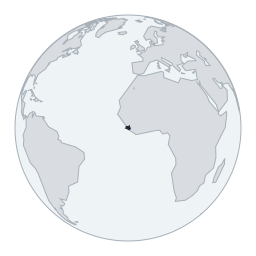 the Earth from above Southern
{"feature_id": "SLE-760", "entity_name": "Southern", "entity_type": "Province", "adm_level": 1, "iso_a3": "SLE", "parent_name": "Sierra Leone", "parent_adm1": "", "projection": "orthographic", "projection_center": [-12.13, 7.714], "detail": "fine", "context": "on_globe", "style": "filled", "palette": "slate", "viewbox_px": 256, "rotation_deg": 0, "n_neighbors": 0, "source": "natural_earth", "source_scale": "10m", "svg_char_len": 9026}
<svg xmlns="http://www.w3.org/2000/svg" viewBox="0 0 256 256"><circle cx="128" cy="128" r="113" fill="#eef3f6" stroke="#a8b0b8"/><path d="M92.4,21.1L85.0,24.3L87.2,23.5L85.2,24.8L87.0,24.5L84.8,25.6L88.1,24.5L89.8,23.6L91.9,22.8L93.1,22.7L90.5,23.9L89.5,24.2L89.4,24.5L87.5,25.3L89.1,24.8L85.8,26.6L90.9,24.7L89.7,26.0L87.0,27.3L85.0,27.3L73.7,31.5L70.4,33.4L67.7,35.7L67.5,39.3L64.7,41.6L62.7,44.6L65.2,43.0L67.7,40.3L72.0,38.5L74.5,35.7L76.6,34.7L80.2,32.0L82.1,32.4L82.1,34.3L79.2,36.6L79.1,37.6L83.8,35.6L80.4,40.5L81.5,45.1L80.4,46.6L74.5,48.7L69.5,47.9L62.0,51.9L69.3,49.4L66.3,53.8L66.9,54.7L68.5,54.7L70.6,53.2L70.1,54.9L62.6,57.7L62.9,56.1L65.3,55.2L62.9,55.0L57.9,57.5L56.7,59.9L50.3,62.2L49.4,64.1L47.5,65.8L49.3,62.6L45.9,68.6L38.2,74.4L33.3,85.5L35.4,76.4L34.5,75.1L32.9,74.8L32.1,76.5L31.2,74.6L28.3,77.8L24.2,86.4L22.0,93.5L23.3,94.5L25.1,90.9L26.8,90.7L22.5,100.8L25.1,103.3L23.1,111.2L23.4,115.6L25.4,115.1L27.3,117.6L29.7,113.3L33.1,111.4L32.1,118.0L34.8,112.4L36.1,115.9L43.5,116.8L42.7,118.2L48.8,127.0L57.0,131.5L58.9,136.6L57.8,139.4L61.0,140.6L61.1,142.6L75.4,146.9L84.0,152.5L84.5,159.2L79.0,166.4L77.6,182.0L68.6,186.1L68.9,192.2L66.2,200.4L60.4,198.9L64.7,203.6L63.6,205.9L60.6,205.5L62.3,208.5L60.2,208.2L63.2,210.5L63.3,213.7L67.3,217.1L68.2,219.6L70.9,221.5L70.0,221.3L69.9,221.8L71.1,222.7L66.7,220.5L61.4,216.3L60.1,214.4L58.8,213.8L55.5,208.7L55.4,209.6L49.1,201.2L46.2,194.4L38.1,173.3L35.5,168.7L30.2,162.7L23.4,145.3L23.9,138.9L23.0,135.5L26.1,126.9L26.1,117.9L25.3,116.4L23.8,119.4L21.6,113.0L21.9,106.0L21.1,92.6L21.9,90.2L25.1,82.3L28.8,74.6L33.1,67.3L38.0,60.3L43.3,53.7L49.2,47.5L55.5,41.8L62.2,36.6L69.3,31.9L76.7,27.7L84.4,24.1L92.4,21.1ZM31.6,89.3L34.7,96.0L31.5,96.0L32.4,95.1L31.9,92.5L30.5,89.9L28.1,90.5L31.6,89.3ZM36.2,83.6L35.5,83.0L36.4,83.2L36.2,83.6ZM78.9,32.1L79.5,32.0L78.5,32.5L78.9,32.1ZM79.9,31.0L78.3,31.6L78.5,31.2L79.5,30.8L79.9,31.0ZM81.8,30.4L79.1,30.5L79.5,29.8L83.6,28.0L81.8,30.4ZM89.8,23.4L88.1,24.3L88.4,23.7L89.8,23.4ZM89.5,23.2L87.6,23.0L90.8,21.8L90.8,22.0L94.0,20.7L96.5,20.1L95.3,20.7L92.7,21.6L95.7,20.7L89.5,23.2ZM92.7,22.5L92.0,22.5L94.7,21.3L96.6,21.2L95.1,21.6L92.7,22.5ZM93.6,20.8L95.9,20.0L98.6,19.3L99.9,19.0L96.8,20.0L93.6,20.8ZM95.1,21.8L97.5,21.2L97.3,21.6L93.6,22.5L95.1,21.8ZM94.7,21.1L96.0,20.6L95.9,20.8L94.7,21.1ZM98.1,23.3L97.2,23.1L98.5,22.4L98.1,23.3ZM98.4,20.9L98.8,20.6L100.3,20.3L98.4,20.9ZM98.9,19.5L99.6,19.5L100.3,19.0L102.4,18.7L100.0,19.5L101.9,19.0L102.5,18.9L99.8,19.7L98.9,19.5ZM103.1,19.5L100.7,20.7L102.1,21.2L100.9,21.7L99.0,20.9L103.1,19.5ZM101.4,19.5L102.2,19.6L100.3,20.1L98.7,20.4L101.4,19.5ZM104.6,18.2L102.1,18.5L102.7,18.4L104.6,18.2ZM103.8,19.5L104.4,19.2L104.1,19.4L103.8,19.5ZM104.8,18.4L103.8,18.5L104.5,18.3L104.8,18.4ZM106.3,18.7L105.5,19.0L104.4,19.1L106.3,18.7ZM105.9,18.4L107.1,18.2L104.4,19.0L105.3,18.5L105.9,18.4ZM105.6,18.2L105.9,18.2L105.6,18.2ZM111.1,18.1L108.0,19.1L105.4,19.3L108.8,18.3L111.1,18.1ZM75.2,224.9L67.6,221.2L71.4,223.0L71.0,221.8L76.1,224.4L75.2,224.9ZM75.4,221.9L76.8,221.4L77.9,222.0L77.3,222.5L75.4,221.9ZM239.0,108.9L239.6,112.6L236.0,98.3L232.5,88.6L232.4,90.0L227.7,82.8L223.1,84.3L221.3,82.0L220.7,83.6L217.2,81.8L214.2,78.0L212.6,78.8L220.4,88.6L222.0,88.0L221.9,83.3L223.9,87.1L227.1,90.0L227.3,100.5L218.7,111.9L216.1,104.1L200.4,84.6L199.9,82.3L199.8,82.0L199.5,81.6L199.8,85.5L196.5,81.8L206.8,95.4L209.3,101.7L218.6,112.4L218.2,113.8L220.6,115.9L226.4,111.4L226.8,114.1L225.2,127.4L215.7,146.5L215.9,157.9L213.5,167.9L205.4,175.5L203.9,182.9L199.4,186.1L197.6,190.4L192.7,195.3L185.4,200.2L175.3,201.4L176.4,197.7L174.1,190.8L171.5,173.3L175.9,164.6L175.7,158.1L168.2,144.3L170.0,136.0L167.6,132.8L162.8,134.0L159.7,130.2L156.6,130.4L136.1,134.6L128.8,129.7L117.6,114.2L120.5,107.6L119.2,100.4L137.9,75.0L143.9,75.9L161.0,71.5L163.5,72.1L163.8,77.5L178.4,82.9L180.5,78.0L191.5,80.5L197.4,79.6L195.5,69.4L185.8,70.7L181.9,66.2L187.8,61.1L195.9,60.7L194.7,59.0L187.7,55.7L187.6,52.4L185.0,54.5L187.5,56.0L185.9,57.5L183.6,56.2L183.7,55.0L180.7,54.5L181.1,61.0L183.7,63.3L177.0,65.3L180.6,69.5L179.5,71.8L173.0,65.7L172.1,63.3L161.6,57.6L161.8,60.2L171.8,65.9L169.6,65.7L170.0,69.8L167.9,66.4L156.9,60.0L149.6,62.4L143.7,73.3L138.7,74.6L133.1,73.1L131.9,62.9L143.1,61.1L142.8,58.0L137.8,54.1L141.6,54.0L140.9,52.4L144.8,51.8L147.6,47.4L151.2,46.7L149.6,42.0L151.2,41.1L151.7,44.0L153.9,45.9L162.5,44.7L163.4,43.6L161.7,40.7L164.3,41.0L161.5,38.4L165.1,37.0L158.4,36.8L156.2,34.1L156.9,31.8L154.9,31.0L153.8,34.8L154.4,36.4L156.9,37.7L157.5,42.8L155.1,43.9L149.9,39.0L145.9,40.2L143.6,36.3L148.2,27.7L151.5,26.1L162.6,28.4L163.4,29.9L159.8,29.8L165.5,32.2L163.9,30.9L166.0,31.3L164.5,29.2L165.9,29.4L161.9,27.2L163.5,27.3L166.0,28.6L165.1,26.1L167.7,26.0L166.7,25.4L165.0,24.8L169.5,25.4L168.6,24.9L166.8,24.5L163.9,23.4L160.5,21.8L162.3,22.1L163.7,22.7L169.3,24.6L172.9,26.5L173.3,26.5L170.6,25.0L163.7,22.6L161.2,21.6L164.4,22.5L163.0,22.1L162.3,21.7L163.2,21.7L159.7,20.7L149.5,17.5L150.0,17.5L157.8,19.4L165.4,21.7L172.8,24.7L180.0,28.1L186.9,32.0L193.6,36.4L199.9,41.3L205.9,46.6L211.4,52.3L216.6,58.4L221.3,64.8L225.5,71.6L229.2,78.6L232.5,85.9L235.2,93.4L237.4,101.1L239.0,108.9ZM133.9,87.4L134.0,89.5L133.9,87.4ZM206.3,65.7L210.0,65.4L205.2,59.8L206.2,59.3L204.2,57.7L204.9,59.4L199.5,55.1L200.0,53.2L197.9,50.9L196.6,50.9L196.6,55.2L204.3,61.2L204.8,63.7L206.3,65.7ZM43.8,116.8L44.6,118.2L43.3,118.0L43.8,116.8ZM30.3,98.5L31.3,98.9L31.6,100.0L30.7,100.1L30.3,98.5ZM40.5,100.8L42.0,101.6L40.2,101.8L40.5,100.8ZM35.3,96.9L39.3,100.3L35.7,101.6L33.3,99.5L35.4,99.4L35.3,96.9ZM34.2,87.1L34.7,87.7L34.0,88.8L34.2,87.1ZM36.8,83.8L36.5,83.8L36.6,82.8L36.8,83.8ZM66.8,53.6L67.3,53.4L68.6,53.8L67.4,54.4L66.8,53.6ZM78.4,51.9L77.3,54.7L77.2,52.9L75.2,54.0L72.5,52.1L79.7,47.3L76.9,49.7L78.4,51.9ZM70.9,48.5L71.8,50.0L70.5,48.6L70.9,48.5ZM133.1,45.0L135.4,45.8L135.2,47.7L130.6,49.6L130.8,46.7L133.1,45.0ZM138.6,46.5L134.6,41.5L137.3,40.5L136.5,41.8L138.6,41.6L137.9,43.8L144.3,48.1L144.5,50.1L136.0,51.9L138.6,50.1L136.3,49.3L138.6,46.5ZM119.8,33.8L118.2,32.4L126.1,31.7L126.8,33.1L122.3,34.8L118.9,34.2L119.8,33.8ZM89.5,27.5L88.3,27.7L89.0,27.2L90.6,26.8L89.5,27.5ZM97.6,23.2L95.3,26.8L93.8,27.0L94.2,29.2L90.6,30.8L90.5,29.2L88.0,32.3L86.4,31.6L85.1,33.7L85.2,30.1L83.7,29.8L86.8,29.4L90.1,27.9L91.1,27.2L92.9,25.0L91.3,24.0L94.4,22.7L97.0,22.0L97.8,22.0L95.6,22.8L98.3,22.3L95.7,23.5L97.6,23.2ZM125.8,19.2L122.8,19.3L128.0,20.0L125.4,20.6L126.1,20.6L125.1,21.4L125.2,22.6L123.7,22.9L124.4,23.2L123.7,23.9L124.2,24.6L121.6,25.3L121.9,26.3L120.5,26.1L121.8,27.6L119.7,26.9L118.6,27.9L121.2,28.1L106.3,32.0L101.6,34.8L98.9,37.7L95.7,36.5L96.2,33.2L98.9,29.5L103.8,27.2L101.5,27.3L103.1,26.3L104.3,26.6L103.5,25.5L105.2,24.8L107.6,22.5L105.4,21.7L106.2,21.0L107.9,21.0L107.6,20.3L111.3,19.9L112.0,19.5L116.4,18.9L119.2,19.4L119.8,18.9L123.1,18.6L125.8,19.2ZM112.4,17.9L116.4,18.0L117.0,18.6L109.1,19.5L108.0,20.0L103.0,20.9L102.3,20.2L103.8,20.0L105.1,19.6L104.8,20.0L106.0,19.4L108.1,19.1L109.6,18.7L110.5,18.8L112.4,17.9ZM165.0,69.9L166.7,69.9L169.1,69.4L169.4,72.2L165.0,69.9ZM157.5,65.6L158.8,65.1L160.4,68.4L158.7,68.5L157.5,65.6ZM158.2,62.1L158.8,64.8L157.4,63.4L158.2,62.1ZM152.8,43.5L154.0,43.0L154.7,43.6L154.6,44.7L152.8,43.5ZM140.6,22.3L138.7,22.0L138.8,21.8L135.8,20.7L137.5,20.3L140.0,20.9L140.6,22.3ZM194.6,71.3L193.7,73.4L192.5,72.7L193.0,72.1L194.6,71.3ZM181.5,72.8L185.2,73.7L181.6,73.6L181.5,72.8ZM141.9,21.8L140.5,21.3L142.2,21.4L141.9,21.8ZM138.6,20.1L140.4,20.1L137.3,20.2L138.6,20.1ZM200.7,214.0L201.5,213.3L200.7,214.0ZM224.5,164.0L215.8,182.1L212.8,182.8L213.9,177.9L218.3,167.2L222.2,163.5L224.7,158.4L224.5,164.0ZM154.4,20.2L156.7,21.9L159.5,23.4L162.9,24.4L159.1,23.9L154.8,21.6L154.4,20.2ZM149.9,17.7L147.0,17.2L147.6,17.2L148.3,17.3L149.9,17.7ZM148.7,17.5L146.4,17.4L144.3,17.0L146.5,17.1L148.7,17.5ZM144.3,18.9L144.9,19.4L143.4,19.2L144.3,18.9Z" fill="#d9dde1" stroke="#a8b0b8" stroke-width="1"/><path d="M129.9,128.7L129.8,128.9L129.6,129.0L129.5,129.3L129.4,129.3L129.3,129.5L129.2,129.5L129.1,129.4L128.9,129.4L128.6,129.1L128.1,128.9L127.6,128.8L127.3,128.6L127.5,128.6L127.4,128.6L127.3,128.4L127.5,128.4L127.8,128.3L127.9,128.2L127.7,128.2L127.7,128.3L127.4,128.3L127.3,128.2L127.2,128.1L127.3,127.9L127.3,128.0L127.3,127.9L127.2,128.0L126.9,128.0L126.8,127.9L126.7,127.9L126.8,127.8L126.7,127.8L126.5,127.7L126.4,127.7L126.5,127.6L126.5,127.4L126.5,127.2L126.4,127.2L126.4,126.9L126.5,126.9L126.6,126.7L126.8,126.7L126.8,126.8L126.8,126.7L127.0,126.7L127.0,126.8L127.3,126.9L127.5,126.8L127.8,126.8L128.0,126.8L128.2,127.0L128.2,126.9L128.2,126.7L128.3,126.7L128.5,126.8L128.6,126.7L128.8,126.6L129.0,126.5L129.1,126.4L129.1,126.5L129.2,126.8L129.3,126.8L129.5,127.0L129.5,127.3L129.6,127.5L129.3,127.7L129.3,127.8L129.4,128.0L129.2,128.0L129.2,128.3L129.3,128.3L129.4,128.2L129.5,128.2L129.5,128.3L129.5,128.5L129.8,128.7L129.9,128.7ZM127.3,128.3L127.2,128.5L127.0,128.4L126.8,128.4L126.6,128.3L126.4,128.3L126.5,128.3L126.5,128.2L126.8,128.2L127.0,128.1L127.3,128.3L127.3,128.3Z" fill="#64748b" stroke="#1e293b" stroke-width="1.5"/></svg>